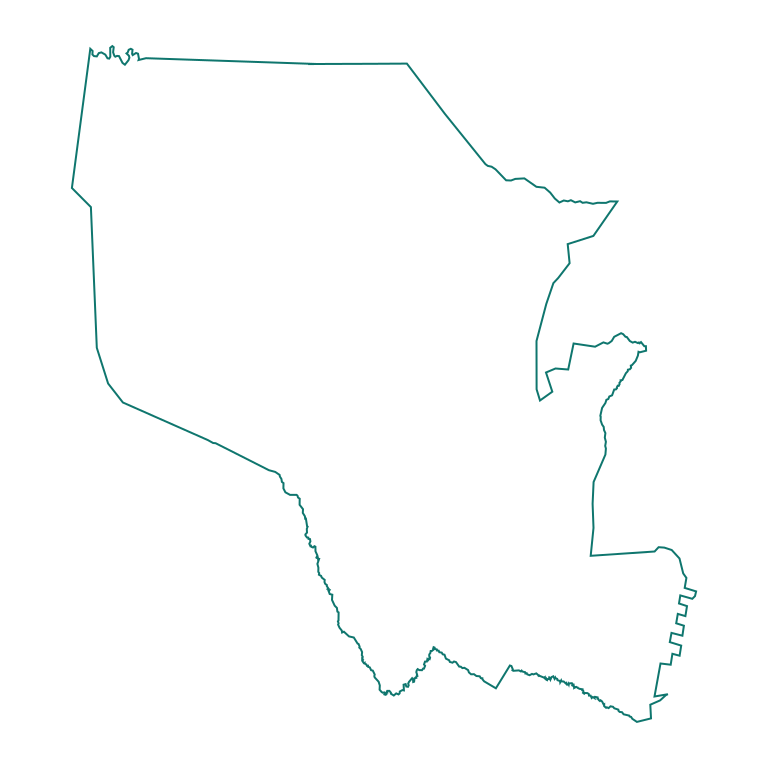 Chibombo, Central, Zambia
{"feature_id": "96606910B53104033004120", "entity_name": "Chibombo", "entity_type": "district", "adm_level": 2, "iso_a3": "ZMB", "parent_name": "Zambia", "parent_adm1": "Central", "projection": "equal_earth", "projection_center": [27.894, -14.857], "detail": "fine", "context": "isolated", "style": "outline", "palette": "teal", "viewbox_px": 768, "rotation_deg": 0, "n_neighbors": 0, "source": "geoboundaries", "source_scale": "gbopen_adm2", "svg_char_len": 6076}
<svg xmlns="http://www.w3.org/2000/svg" viewBox="0 0 768 768"><path d="M491.6,166.7L487.8,165.9L485.4,164.1L445.0,114.0L406.9,63.6L372.1,63.8L342.5,63.9L316.7,64.0L308.1,64.1L316.8,64.0L146.0,58.2L138.6,60.0L139.0,58.9L138.0,53.7L136.0,53.0L132.7,55.1L132.1,53.9L132.5,49.7L130.8,48.8L128.7,49.8L127.7,52.5L126.5,53.4L128.9,55.7L129.4,57.7L128.5,60.2L124.9,64.7L122.5,62.9L119.0,56.1L117.0,55.9L115.3,56.7L114.3,55.7L113.1,52.3L113.7,47.2L112.3,46.1L110.2,47.8L110.3,56.7L109.2,58.6L107.5,58.3L105.3,54.6L101.4,52.4L98.8,53.1L96.8,56.4L94.0,56.1L92.4,54.5L92.6,51.0L90.3,48.8L71.9,188.0L90.9,207.1L96.8,347.8L108.1,383.5L122.9,402.5L207.9,440.1L213.1,443.0L215.6,443.2L268.9,470.2L275.2,471.9L279.6,474.9L279.9,476.6L281.4,478.9L281.9,481.9L283.5,483.1L283.4,488.4L285.4,492.3L290.1,494.9L296.6,494.9L297.5,495.7L298.0,497.5L299.7,498.7L299.6,504.8L303.0,509.2L302.8,512.9L304.9,516.3L305.2,518.7L305.9,518.6L307.1,526.3L307.6,526.6L306.8,528.9L307.0,532.6L305.4,534.4L305.5,535.5L307.0,537.5L308.3,537.6L308.5,538.9L310.0,539.1L310.4,541.4L309.3,543.8L310.4,546.1L311.0,545.8L311.5,546.9L313.0,547.5L314.4,546.2L315.4,546.7L315.5,551.3L317.4,555.5L316.6,557.2L317.5,557.3L317.2,557.9L317.9,557.9L318.0,558.7L318.6,558.0L318.4,558.8L319.1,558.9L317.4,563.9L318.4,567.7L318.3,571.8L319.2,573.1L318.9,574.7L321.1,575.9L321.8,577.6L324.7,579.9L324.5,582.0L325.1,583.7L326.9,585.1L326.8,586.1L328.0,587.9L327.6,588.9L328.6,589.0L328.4,590.2L329.5,590.2L328.8,591.5L329.7,594.0L332.3,594.7L332.0,599.9L334.7,605.7L336.9,607.9L337.4,611.6L338.6,612.4L338.5,620.5L337.9,621.3L338.6,623.3L338.1,624.6L339.5,627.7L341.8,630.6L342.1,632.5L343.9,631.7L349.0,636.4L353.8,637.5L357.6,643.6L358.5,643.9L359.6,646.5L359.3,647.6L360.7,649.0L362.1,652.1L361.8,655.2L362.7,656.7L362.4,659.4L363.0,659.9L362.6,660.5L362.2,659.9L362.2,660.7L363.8,663.1L364.6,662.8L364.5,663.5L366.3,664.4L366.9,665.8L368.0,665.7L368.1,666.8L369.8,667.4L371.1,670.2L372.8,670.6L374.7,674.5L374.3,676.1L374.7,677.4L378.6,681.7L379.8,685.4L379.6,689.7L381.6,692.0L382.7,692.7L384.4,692.4L385.0,693.0L384.4,694.4L385.5,694.8L386.3,694.4L386.0,693.6L386.9,691.6L387.4,692.1L387.6,690.9L389.4,690.9L390.9,692.7L390.9,693.7L393.8,695.5L396.2,693.4L398.5,694.4L399.6,693.4L399.8,691.5L402.4,690.1L403.9,690.4L403.6,684.7L405.6,684.1L406.3,686.5L408.0,686.8L408.7,685.3L408.2,683.6L408.9,682.0L412.1,678.2L413.0,679.3L413.2,682.0L414.1,681.7L414.5,678.3L416.1,677.9L415.8,677.3L417.4,676.0L416.8,675.2L417.1,674.6L416.3,672.1L416.8,670.2L417.7,669.1L419.2,670.1L422.0,670.2L423.1,668.6L424.0,668.6L425.1,665.8L424.0,664.5L425.0,661.6L426.9,661.5L427.4,659.1L428.3,660.0L429.0,658.6L429.7,659.0L430.1,657.7L429.2,656.0L429.3,654.4L430.3,653.1L430.7,651.0L431.8,651.0L433.6,649.6L433.1,648.9L433.6,647.2L434.6,647.6L434.7,648.8L436.9,649.5L436.9,650.5L438.7,650.7L439.3,652.2L441.7,652.6L442.7,654.3L444.5,654.7L445.9,658.6L449.2,660.3L449.8,661.9L452.5,662.7L454.0,661.5L456.0,662.1L459.2,666.6L460.8,666.7L462.4,668.1L464.4,667.8L468.1,670.1L468.9,672.4L471.1,674.3L474.0,674.2L476.4,676.0L479.7,676.3L480.8,678.1L482.4,678.3L482.4,679.2L484.1,681.3L495.9,688.3L509.9,665.5L511.4,666.0L512.8,669.3L512.4,670.2L513.3,670.8L518.9,670.4L520.8,671.4L521.6,670.6L522.3,671.5L525.1,672.2L525.4,673.5L526.7,673.2L527.2,674.3L529.6,675.2L532.0,673.9L533.4,674.4L536.3,673.4L538.7,675.5L538.3,676.5L539.1,675.8L539.4,676.6L539.5,675.8L544.0,677.6L544.7,677.2L544.6,678.2L546.1,679.5L546.4,678.6L547.3,679.7L547.5,679.1L548.9,679.0L549.1,678.1L550.0,679.3L550.0,678.1L550.8,678.8L551.5,677.1L553.3,676.3L554.6,678.9L555.2,677.9L555.4,678.8L555.6,678.1L557.2,678.9L557.5,680.2L560.0,681.0L560.2,682.3L561.2,680.4L561.6,681.4L563.7,681.5L565.7,683.4L566.4,682.9L566.9,684.6L568.3,684.7L568.6,683.9L568.8,684.4L569.0,683.4L571.9,683.2L572.5,683.7L572.2,685.4L573.2,685.9L573.7,685.4L573.9,686.8L574.5,686.9L574.3,687.9L576.3,686.9L577.3,687.5L577.4,686.9L577.7,687.9L579.5,688.8L582.5,689.3L582.3,690.3L583.2,690.6L583.5,691.9L583.0,692.8L584.2,693.7L584.8,693.0L587.4,693.1L588.8,694.0L589.0,695.6L590.6,695.6L591.7,698.0L592.8,697.0L594.5,698.1L594.3,697.2L594.8,696.8L597.6,697.4L597.5,698.7L598.2,698.8L598.8,700.1L599.9,701.0L600.6,700.3L602.1,701.5L603.8,704.8L604.2,704.5L604.2,706.2L606.1,707.8L606.8,707.3L608.6,708.1L610.5,706.3L613.0,706.8L614.3,708.3L618.3,709.6L618.5,710.8L619.6,711.9L622.0,712.2L623.6,714.3L629.2,715.6L629.6,716.5L631.1,716.9L632.3,718.8L636.9,721.9L651.0,718.4L650.3,704.7L660.1,700.4L665.9,695.1L667.9,694.2L654.5,696.5L660.5,663.5L670.7,664.7L672.4,653.8L679.6,655.7L681.2,645.6L669.8,642.1L671.5,632.9L682.4,635.7L683.9,625.7L676.2,623.3L677.8,613.9L685.4,616.1L687.0,606.1L679.0,603.5L680.3,595.4L692.3,598.8L695.0,596.1L696.1,591.4L684.7,587.9L686.4,577.9L683.2,573.4L679.5,558.5L671.7,550.0L664.3,547.6L658.6,547.2L654.6,551.5L590.7,555.8L593.5,527.9L592.6,503.8L593.6,482.0L605.4,454.6L605.9,448.5L605.2,445.9L605.9,441.8L604.8,437.6L605.4,433.1L604.0,430.0L603.7,426.9L602.1,424.6L600.6,420.3L600.7,416.6L600.3,415.9L602.1,407.9L605.4,403.0L606.4,399.8L608.3,399.0L609.3,396.5L612.1,395.3L614.2,389.5L615.9,389.4L617.0,388.2L616.8,387.4L617.7,385.7L618.7,385.9L619.6,384.1L619.4,382.9L620.8,381.1L620.6,380.3L622.4,380.0L625.9,373.2L627.7,371.3L627.9,369.7L629.8,369.3L631.1,367.8L630.8,365.6L631.9,365.2L635.7,360.9L637.9,355.6L638.5,351.8L639.8,352.3L646.1,350.7L645.9,346.2L644.3,346.2L641.0,342.1L639.7,343.3L638.9,342.5L638.0,343.1L635.0,341.8L632.7,342.6L629.8,341.0L626.8,337.0L625.5,336.8L623.2,334.2L621.1,333.2L614.2,336.8L611.7,341.0L608.7,343.2L607.4,343.7L603.4,342.4L595.1,346.7L573.6,343.5L568.2,369.5L555.5,368.5L546.0,372.5L552.3,391.7L540.0,400.5L536.6,389.3L536.5,341.0L546.3,303.9L553.4,283.1L558.2,278.0L569.6,263.2L567.7,244.1L593.4,235.9L617.3,201.5L609.8,201.4L606.0,202.9L597.5,202.8L593.0,203.8L586.4,202.3L582.6,202.8L580.1,201.2L575.2,202.4L570.9,200.2L567.9,201.3L563.8,200.5L559.4,202.5L554.8,198.5L550.3,192.7L544.6,187.7L536.4,186.8L524.4,178.4L515.3,178.9L511.0,180.5L506.1,180.3L495.5,169.3L491.6,166.7Z" fill="none" stroke="#0f766e" stroke-width="2"/></svg>